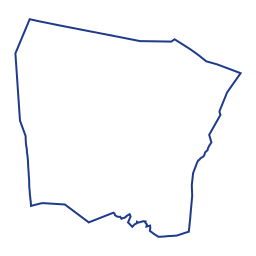 the district of San Juan Lachigalla, Oaxaca, Mexico
{"feature_id": "50627088B67527227829858", "entity_name": "San Juan Lachigalla", "entity_type": "district", "adm_level": 2, "iso_a3": "MEX", "parent_name": "Mexico", "parent_adm1": "Oaxaca", "projection": "robinson", "projection_center": [-96.544, 16.566], "detail": "fine", "context": "isolated", "style": "outline", "palette": "blue", "viewbox_px": 256, "rotation_deg": 0, "n_neighbors": 0, "source": "geoboundaries", "source_scale": "gbopen_adm2", "svg_char_len": 1879}
<svg xmlns="http://www.w3.org/2000/svg" viewBox="0 0 256 256"><path d="M88.4,222.1L88.7,222.4L93.3,220.6L112.9,212.9L113.5,212.7L114.5,213.5L114.6,213.8L114.8,214.8L115.6,215.6L117.0,216.5L118.6,216.8L119.4,216.9L120.2,216.8L121.5,218.8L122.8,218.1L124.6,217.8L125.3,217.1L126.3,216.5L126.8,215.8L129.6,214.2L130.2,215.6L130.6,216.5L128.0,222.4L129.5,223.9L132.3,226.8L133.3,225.7L134.6,224.4L134.9,224.2L136.9,223.2L137.0,221.8L138.5,222.6L143.3,221.2L143.5,221.2L145.6,221.5L145.3,222.6L145.7,223.0L146.0,223.4L146.9,224.4L146.4,226.6L150.1,225.6L150.2,227.5L150.3,227.7L149.9,230.9L154.2,234.1L157.7,236.3L158.5,236.8L162.8,236.6L165.2,236.4L165.6,236.4L167.8,236.1L171.3,236.0L173.3,235.8L176.7,235.6L185.5,232.7L188.8,231.7L190.1,219.3L190.1,219.1L190.2,218.8L190.4,215.6L192.2,195.8L191.8,185.3L193.1,173.2L196.9,163.1L197.5,161.9L198.1,160.6L199.4,159.7L200.2,158.6L201.3,157.7L202.6,157.1L203.8,156.0L204.5,154.8L204.7,153.4L205.4,152.1L206.4,151.1L207.5,150.3L207.8,148.9L208.3,147.6L209.0,146.1L211.4,142.4L209.2,134.8L220.5,114.8L220.1,114.1L219.9,113.3L219.7,112.7L219.5,111.8L219.6,111.0L219.9,110.2L220.1,109.7L227.1,92.4L240.6,73.2L216.9,64.3L206.2,61.3L197.8,54.6L189.6,48.8L174.6,39.3L171.3,41.6L153.7,41.3L140.0,41.1L117.7,36.7L92.9,31.9L62.3,26.0L38.2,21.1L29.7,19.2L15.4,53.4L19.8,118.1L20.0,120.6L22.3,127.0L25.6,136.0L25.7,139.9L26.0,144.6L26.1,145.0L26.7,148.7L26.9,150.2L26.9,151.7L27.0,153.0L27.3,154.4L27.9,160.0L28.0,161.2L28.0,162.2L28.1,164.2L28.3,168.0L28.7,173.5L28.7,174.3L29.2,181.4L29.2,183.6L29.2,185.3L29.3,187.3L29.7,190.8L29.7,192.2L29.8,192.8L29.8,194.1L29.9,194.7L29.9,195.0L30.1,196.2L30.2,196.8L30.2,197.1L30.5,200.1L30.7,201.2L30.7,201.7L30.8,202.3L30.8,202.8L30.9,203.5L30.9,203.8L31.0,205.9L35.9,204.6L37.2,204.3L39.9,203.6L42.8,203.1L44.5,203.2L64.9,204.5L77.3,213.8L88.4,222.1Z" fill="none" stroke="#1e3a8a" stroke-width="2"/></svg>